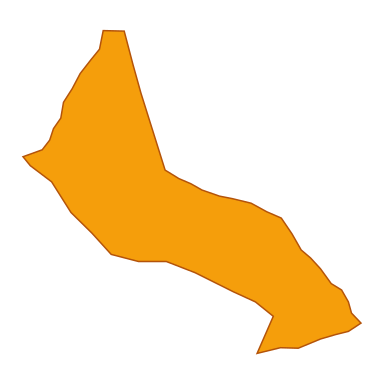 Duas Estradas, Paraíba, Brazil (Mercator projection)
{"feature_id": "56859067B33614214723351", "entity_name": "Duas Estradas", "entity_type": "district", "adm_level": 2, "iso_a3": "BRA", "parent_name": "Brazil", "parent_adm1": "Paraíba", "projection": "mercator", "projection_center": [-35.391, -6.717], "detail": "fine", "context": "isolated", "style": "filled", "palette": "amber", "viewbox_px": 384, "rotation_deg": 0, "n_neighbors": 0, "source": "geoboundaries", "source_scale": "gbopen_adm2", "svg_char_len": 710}
<svg xmlns="http://www.w3.org/2000/svg" viewBox="0 0 384 384"><path d="M298.3,348.2L320.5,339.0L335.5,334.6L348.4,331.4L361.0,323.1L351.5,313.1L348.4,301.9L341.6,290.0L331.2,283.6L320.5,268.8L310.6,258.0L301.2,250.0L292.0,233.9L281.3,218.1L266.6,211.7L251.1,203.2L232.2,198.6L219.4,196.1L201.9,190.0L190.8,183.7L178.9,178.6L165.1,170.1L140.9,93.0L132.9,64.3L124.2,31.1L103.2,30.6L99.5,49.2L90.8,59.9L80.2,73.5L72.2,88.7L63.5,102.3L60.8,118.1L53.5,128.6L49.7,140.1L42.2,149.8L23.0,156.7L30.3,165.7L51.6,181.8L71.0,212.5L92.0,233.2L111.2,254.4L138.5,261.5L166.3,261.5L195.1,272.7L233.6,291.9L255.4,301.9L273.3,316.3L257.1,353.4L280.4,347.7L298.3,348.2Z" fill="#f59e0b" stroke="#b45309" stroke-width="1.5"/></svg>